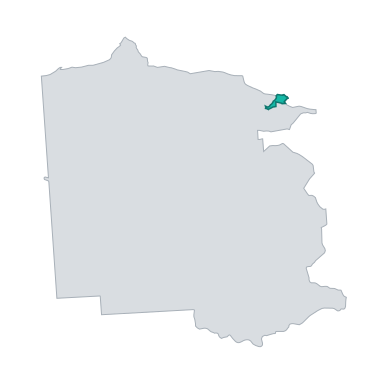 location of Geisan, Blue Nile, Sudan, rotated 266°
{"feature_id": "16777658B89515248440242", "entity_name": "Geisan", "entity_type": "district", "adm_level": 2, "iso_a3": "SDN", "parent_name": "Sudan", "parent_adm1": "Blue Nile", "projection": "robinson", "projection_center": [34.705, 11.239], "detail": "fine", "context": "in_parent", "style": "filled", "palette": "teal", "viewbox_px": 384, "rotation_deg": 266, "n_neighbors": 0, "source": "geoboundaries", "source_scale": "gbopen_adm2", "svg_char_len": 5287}
<svg xmlns="http://www.w3.org/2000/svg" viewBox="0 0 384 384"><g transform="rotate(266 192 192)"><path d="M265.5,321.4L262.0,321.4L261.6,320.4L261.7,317.8L262.1,315.8L263.4,312.7L263.0,311.0L263.2,308.6L262.3,305.8L253.8,297.8L252.1,295.6L247.5,293.6L248.3,291.3L246.5,274.9L247.4,273.0L247.7,270.2L247.6,267.7L248.8,263.5L248.9,261.7L239.8,261.6L239.7,263.4L240.1,265.4L240.1,266.2L227.4,266.3L232.5,272.7L232.7,275.5L232.4,279.0L232.5,281.2L232.8,282.7L234.1,285.6L234.0,286.1L233.7,286.8L224.7,295.4L223.2,299.3L222.0,301.4L219.4,304.9L211.2,314.1L209.8,314.7L203.6,315.0L203.0,315.2L202.5,315.6L202.2,315.6L196.9,310.2L187.9,303.7L182.0,307.1L180.4,308.3L180.3,311.4L179.4,313.0L177.8,314.7L173.4,315.8L171.1,316.8L168.4,318.5L165.7,321.4L165.5,323.0L165.8,324.3L150.6,324.3L149.6,323.2L147.5,318.4L145.9,318.7L132.1,318.1L130.1,318.6L126.2,320.6L124.2,320.9L122.1,320.0L114.9,310.5L113.3,309.3L111.7,307.1L110.2,306.1L109.6,305.3L109.5,304.3L109.5,302.2L109.0,300.9L107.9,300.6L98.1,302.8L96.7,302.6L94.7,303.0L94.0,303.4L93.1,304.6L92.9,307.2L92.7,308.5L91.9,310.0L89.1,313.2L88.5,314.6L88.6,318.2L88.4,320.0L88.0,320.8L86.8,322.2L86.3,323.0L85.8,327.5L84.3,330.3L83.9,331.2L83.8,333.2L83.6,333.8L79.1,335.4L77.5,336.4L76.5,338.0L76.2,338.6L74.3,338.1L71.9,337.7L67.3,337.2L65.5,336.5L64.6,335.4L64.9,332.6L64.4,332.0L63.7,331.5L63.2,330.3L63.3,328.9L65.8,325.7L66.3,324.0L67.0,316.0L66.8,313.6L64.9,309.1L60.6,301.3L59.5,299.8L54.0,293.4L53.4,292.5L52.1,289.8L53.6,283.9L53.7,282.3L53.4,280.6L52.0,279.3L50.7,279.2L49.1,277.6L48.1,276.9L47.1,275.5L46.5,273.6L47.0,266.6L46.7,265.7L45.3,265.4L45.0,264.9L45.1,263.6L44.3,259.6L43.5,256.4L44.0,254.6L42.9,252.1L40.6,251.0L36.2,251.8L34.8,251.7L33.9,251.2L33.2,250.3L32.9,249.3L33.2,247.7L34.5,244.7L36.1,242.3L39.3,240.1L40.2,238.9L40.7,237.6L40.8,236.1L40.6,234.5L40.2,233.1L39.3,231.2L38.5,228.9L38.5,227.4L38.9,226.3L39.8,225.0L43.0,222.4L46.2,220.3L46.8,219.6L46.6,218.7L45.1,216.9L44.7,213.5L43.9,211.1L45.5,209.3L46.8,208.7L48.7,208.2L49.4,207.4L49.7,206.0L49.6,204.6L50.3,203.6L51.2,201.4L52.0,200.4L54.5,197.9L55.1,196.2L55.3,194.7L54.7,189.9L56.1,187.8L58.0,186.2L60.6,186.3L64.6,185.9L67.4,185.2L69.4,185.3L73.9,186.2L74.4,185.8L74.6,184.5L75.9,93.2L94.4,93.2L94.7,93.0L95.4,49.8L212.0,49.9L213.0,49.7L214.8,45.7L215.6,45.4L216.8,45.6L217.2,46.5L216.2,49.8L318.1,49.8L318.3,54.8L319.1,58.7L322.0,64.4L324.5,67.4L325.4,69.1L325.5,69.8L325.4,70.6L324.6,69.7L323.4,69.2L323.2,71.8L323.8,77.2L324.9,81.0L324.1,84.5L324.3,90.5L325.6,97.6L325.3,102.1L327.5,112.8L329.6,118.6L330.7,120.1L332.0,120.9L334.5,121.4L338.1,124.4L341.0,127.5L342.0,129.2L343.4,131.0L344.4,130.7L344.9,130.2L345.9,131.7L350.4,134.8L351.1,136.3L349.5,137.7L347.6,140.2L346.7,142.5L346.2,143.3L344.7,144.7L344.5,145.4L343.8,145.9L343.1,145.9L341.5,146.7L340.1,146.4L338.7,146.9L338.2,147.4L337.1,147.9L335.6,148.2L333.2,150.1L331.2,151.1L330.4,151.8L329.4,155.7L328.6,156.7L325.5,156.8L324.0,157.2L322.0,156.7L321.0,156.8L320.7,157.6L320.4,161.0L320.4,162.4L318.7,166.2L319.3,173.3L317.6,178.6L317.4,179.9L315.7,184.1L314.9,185.7L312.7,193.6L311.9,196.0L310.1,198.5L312.0,217.5L310.5,223.3L310.5,226.5L309.5,231.2L308.6,233.3L307.3,235.9L306.1,238.9L305.1,242.7L304.5,250.0L304.1,250.7L298.7,251.6L297.0,252.1L295.8,252.9L294.4,254.8L291.6,259.9L290.2,263.0L287.9,267.3L285.2,270.4L284.7,271.9L284.2,274.6L283.3,279.0L282.4,282.1L282.5,284.6L281.7,288.9L281.8,291.0L280.9,292.2L279.6,293.3L278.8,293.6L275.0,290.7L272.3,292.7L270.6,295.5L269.3,298.3L270.1,304.3L270.0,305.6L269.6,307.0L267.1,312.9L266.4,315.6L265.6,320.3L265.5,321.4Z" fill="#d9dde1" stroke="#a8b0b8" stroke-width="1"/><path d="M273.8,291.5L274.0,291.4L275.3,290.3L275.5,290.2L276.0,290.6L276.6,291.2L276.7,291.4L277.0,291.6L277.1,291.8L277.4,292.0L277.6,292.2L277.8,292.5L278.2,293.0L278.4,293.4L278.5,293.5L278.8,293.5L279.1,293.5L279.1,293.8L279.1,294.0L278.9,294.3L278.9,294.5L279.0,294.5L279.2,294.4L279.4,294.1L279.5,294.0L279.7,293.8L279.8,293.8L280.0,293.8L280.2,293.7L280.4,293.5L280.5,293.4L280.6,293.1L280.6,292.8L280.6,292.5L280.7,292.4L280.9,292.2L281.1,292.1L281.7,291.5L282.7,290.6L282.7,290.4L282.7,290.1L282.5,289.8L282.5,289.7L282.5,289.3L282.2,289.3L282.2,289.1L282.3,289.0L282.4,288.2L282.6,287.0L283.3,284.0L283.0,283.7L282.9,283.5L282.7,283.3L282.6,283.2L282.4,283.0L282.2,283.0L281.9,283.0L281.9,282.8L281.6,282.8L281.4,282.7L281.2,282.7L280.9,282.8L280.5,282.8L280.1,282.6L279.9,282.6L279.6,282.6L279.3,282.4L279.1,282.2L279.0,281.9L278.7,281.7L278.4,281.6L278.1,281.2L277.9,281.0L277.5,280.5L277.3,280.3L277.2,280.1L277.1,279.8L277.0,279.5L276.3,279.1L275.7,278.9L275.1,278.3L274.7,278.1L274.3,277.6L274.1,277.3L274.0,277.1L273.8,276.9L273.5,276.3L273.2,276.1L272.9,276.0L272.6,275.7L272.5,275.4L272.1,275.2L271.8,274.7L271.5,273.7L271.5,272.9L272.0,272.5L272.0,272.0L272.0,271.8L272.1,271.7L272.3,271.6L272.5,271.3L272.1,271.4L271.8,271.3L271.6,271.3L271.0,271.7L270.8,271.7L270.6,271.6L270.2,271.3L269.9,272.3L269.7,272.8L269.3,273.4L269.2,273.7L269.0,273.9L269.3,274.1L269.4,274.3L269.4,274.5L269.5,274.7L269.5,275.0L269.9,275.9L270.5,277.4L270.9,278.1L271.2,278.9L271.2,279.9L271.3,280.5L271.4,281.7L276.0,281.9L275.1,285.1L274.1,288.1L273.8,288.1L273.8,289.2L273.8,290.4L273.8,291.4L273.8,291.5Z" fill="#14b8a6" stroke="#0f766e" stroke-width="1.5"/></g></svg>